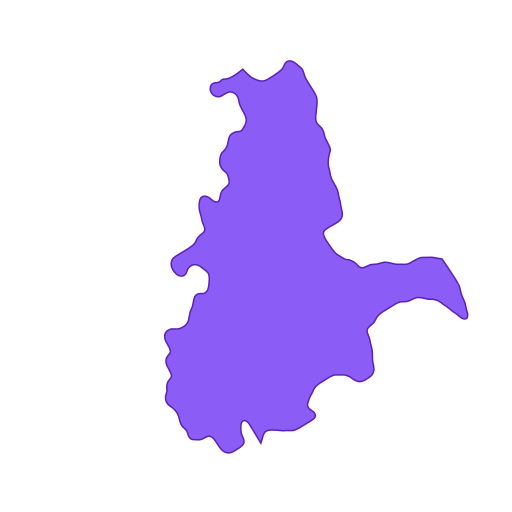 outline of Vicente Noble, Barahona, Dominican Republic, rotated 327°
{"feature_id": "3306468B17851422898431", "entity_name": "Vicente Noble", "entity_type": "district", "adm_level": 2, "iso_a3": "DOM", "parent_name": "Dominican Republic", "parent_adm1": "Barahona", "projection": "equal_earth", "projection_center": [-71.08, 18.413], "detail": "fine", "context": "isolated", "style": "filled", "palette": "violet", "viewbox_px": 512, "rotation_deg": 327, "n_neighbors": 0, "source": "geoboundaries", "source_scale": "gbopen_adm2", "svg_char_len": 6145}
<svg xmlns="http://www.w3.org/2000/svg" viewBox="0 0 512 512"><g transform="rotate(327 256 256)"><path d="M346.7,92.1L340.3,92.7L336.1,92.8L333.1,92.6L331.1,92.4L329.2,92.0L327.4,91.3L325.2,90.1L323.8,89.6L320.3,90.1L318.9,89.9L316.1,88.5L314.5,87.9L312.6,87.9L311.7,88.1L310.1,89.1L308.8,90.7L308.2,91.6L307.8,92.7L307.5,93.9L307.5,95.1L307.6,96.4L307.8,97.6L308.3,98.7L309.4,100.5L310.9,101.8L312.7,102.7L314.6,103.0L320.5,103.3L322.4,103.7L323.3,104.1L324.1,104.6L325.5,106.0L326.6,107.8L327.0,108.9L327.3,110.1L327.3,112.5L326.8,114.7L325.3,118.6L324.7,120.7L324.2,124.4L323.7,130.7L323.3,133.1L322.5,135.3L322.0,136.3L320.8,138.0L319.3,139.4L318.5,140.0L313.7,142.4L312.2,142.9L310.6,142.8L306.9,141.0L305.1,140.5L302.2,140.3L300.3,140.7L299.4,141.1L297.6,142.2L292.8,147.0L291.1,148.4L290.2,148.9L288.4,149.7L283.7,150.9L282.8,151.3L281.0,152.5L279.3,154.1L277.8,155.9L276.5,157.8L275.5,160.0L275.0,162.3L275.0,164.7L275.4,166.7L276.5,170.3L276.5,172.3L275.7,175.1L274.2,178.7L273.1,180.3L271.5,181.3L269.8,181.7L265.1,182.3L263.2,182.8L262.3,183.3L260.5,184.5L256.1,188.8L254.5,189.6L253.6,189.7L252.8,189.5L252.1,189.1L250.9,187.8L250.0,186.2L248.7,182.2L248.3,181.2L247.2,179.5L245.9,178.1L245.1,177.5L244.1,177.2L242.2,177.0L241.2,177.3L239.4,178.4L237.9,179.9L236.4,181.8L235.1,183.8L233.9,185.9L233.0,188.2L232.0,191.6L229.7,197.8L228.3,204.3L227.9,205.2L227.4,206.0L226.7,206.7L225.9,207.2L224.2,207.7L219.6,208.3L217.7,208.8L216.0,209.5L211.9,211.8L208.9,212.6L203.6,212.9L190.7,212.5L187.6,212.5L184.6,213.0L183.6,213.5L182.0,214.7L180.6,216.3L179.6,218.3L179.2,219.5L178.8,222.0L178.8,224.5L179.2,227.0L179.5,228.2L180.5,230.2L181.9,231.7L182.7,232.3L183.5,232.8L185.4,233.1L187.3,232.7L188.1,232.3L191.8,229.7L192.7,229.3L194.6,228.9L196.6,228.8L198.5,229.2L199.4,229.6L201.1,230.7L202.4,232.3L203.5,234.2L206.0,241.3L206.4,243.3L206.5,244.4L206.3,245.6L206.0,246.7L205.0,248.7L203.8,250.5L201.1,254.1L198.8,256.6L197.2,258.0L195.4,258.9L193.5,259.2L191.7,258.9L188.0,256.7L186.3,256.1L184.4,256.1L182.6,256.7L180.1,258.7L175.4,263.5L170.4,267.0L164.0,273.5L162.2,274.7L161.3,275.1L159.3,275.6L157.3,275.8L154.3,275.6L152.4,275.2L150.5,274.5L149.7,274.0L145.7,271.3L144.8,270.9L142.9,270.5L141.0,270.4L140.0,270.5L138.1,271.2L137.3,271.8L136.5,272.5L135.3,274.2L134.4,276.2L133.9,278.5L133.5,284.4L133.2,286.7L132.6,288.6L132.1,289.5L131.5,290.1L130.8,290.6L126.7,292.1L125.1,293.0L123.7,294.4L122.6,296.2L122.2,297.2L121.6,299.5L120.8,307.6L120.3,309.7L119.8,310.5L119.1,311.2L118.4,311.7L114.3,313.2L113.5,313.6L112.0,314.7L110.0,316.9L107.5,321.1L104.1,324.0L102.4,326.4L101.6,328.4L101.4,329.5L101.3,331.9L101.8,334.1L103.7,339.0L104.1,341.3L104.3,343.8L104.2,346.3L103.7,348.7L102.0,353.7L101.5,355.9L101.4,358.2L101.5,359.3L102.4,363.1L102.6,364.9L102.3,366.6L101.6,369.2L101.3,371.1L101.5,373.2L101.9,374.1L102.4,374.9L103.1,375.6L106.7,378.2L108.3,379.2L109.1,379.6L111.0,380.2L115.8,380.7L117.5,381.1L119.0,382.0L119.7,382.7L120.3,383.7L121.0,386.1L121.2,388.7L121.3,397.1L121.7,399.8L122.0,401.2L123.2,403.6L124.8,405.5L125.8,406.3L127.9,407.2L130.1,407.6L132.3,407.8L137.9,407.8L141.1,407.5L143.0,406.8L143.9,406.2L144.6,405.5L145.2,404.5L145.7,403.4L146.7,398.5L147.4,396.0L148.6,393.6L149.9,391.5L151.3,389.5L153.0,388.0L153.9,387.5L154.8,387.3L155.7,387.3L156.6,387.7L157.4,388.3L158.1,389.4L158.5,390.5L158.8,392.9L158.7,399.8L158.1,415.7L164.5,410.2L166.1,409.2L167.9,408.5L169.8,408.5L171.5,409.0L174.0,410.2L178.8,413.6L183.5,417.3L187.0,419.3L191.0,422.0L192.8,422.9L196.0,423.5L199.3,423.8L211.6,424.1L215.6,424.0L217.4,423.5L218.2,422.9L218.9,422.1L219.3,421.2L219.5,420.2L219.4,418.2L217.5,413.3L217.4,411.3L217.5,410.3L217.8,409.4L218.9,407.9L223.9,403.9L228.2,401.6L232.3,399.0L235.1,398.0L238.3,397.5L241.5,397.4L252.2,397.6L255.3,398.1L257.4,398.7L259.0,399.7L265.5,404.0L266.9,405.5L268.7,408.0L270.8,413.1L271.8,415.0L273.1,416.6L274.6,417.9L276.6,418.8L279.8,419.4L284.1,419.5L287.3,419.2L289.3,418.6L291.1,417.5L292.6,416.1L293.7,414.3L294.7,412.3L296.4,408.1L297.5,406.0L300.7,400.9L302.3,397.7L303.9,393.2L306.2,387.1L307.7,380.6L308.6,378.9L309.3,378.2L310.1,377.7L311.8,377.1L318.3,376.1L320.0,375.4L324.1,373.1L327.2,372.2L330.5,371.9L333.8,371.9L346.0,372.1L349.3,372.4L351.4,372.9L353.2,373.7L356.5,375.7L358.2,376.5L360.1,377.0L366.0,377.8L368.9,378.8L371.5,380.7L377.1,386.2L380.5,388.5L382.0,389.8L384.0,392.1L385.5,395.1L386.7,398.3L389.2,404.5L390.6,409.1L392.7,414.2L394.0,418.4L394.8,420.3L395.9,421.8L396.6,422.4L397.4,422.8L398.2,423.0L399.1,422.9L399.9,422.5L401.1,421.2L402.1,419.5L403.4,415.3L405.7,409.2L406.2,406.7L407.0,401.9L407.5,399.5L409.4,394.3L410.1,392.0L410.5,387.9L410.7,382.3L410.6,367.9L410.4,359.8L402.9,352.9L393.7,347.2L391.7,346.6L389.6,346.3L381.0,345.7L378.9,345.3L377.9,344.9L376.2,344.0L368.7,339.0L363.2,333.3L360.6,331.3L358.7,330.5L353.1,328.7L349.0,326.4L347.2,325.6L340.7,324.5L339.0,323.9L338.2,323.4L337.6,322.8L336.6,321.0L335.4,315.8L334.6,313.8L333.0,311.2L331.8,309.8L329.7,308.0L328.5,306.5L325.3,299.9L324.5,297.8L324.2,296.5L323.8,293.9L323.6,291.1L323.4,285.6L323.4,280.3L323.8,276.6L324.4,274.4L325.0,273.4L325.8,272.7L326.6,272.2L327.5,271.9L329.4,271.6L332.4,271.6L342.1,272.1L344.2,272.0L346.2,271.7L348.2,270.9L349.7,269.7L351.1,268.1L352.1,266.3L354.1,261.0L356.3,256.0L357.7,251.5L359.4,247.4L360.1,245.3L360.7,241.6L361.2,234.1L361.6,231.6L362.2,229.3L364.3,224.2L365.8,219.8L367.0,217.7L369.0,214.8L372.0,211.4L375.6,208.2L376.2,207.4L377.0,205.5L377.4,203.3L378.3,194.9L378.9,192.7L380.3,188.6L380.6,186.5L380.7,185.3L380.5,183.1L379.4,178.5L379.4,177.5L379.6,176.5L379.9,175.4L380.8,173.4L382.1,171.5L389.5,162.3L391.6,159.3L392.7,157.2L393.2,156.0L393.5,154.7L393.9,152.1L394.1,148.0L394.2,138.4L394.4,134.4L394.8,131.9L396.2,126.8L396.5,124.8L396.2,122.8L394.4,116.8L393.6,114.6L392.6,112.8L391.2,111.3L390.5,110.7L389.6,110.2L387.8,109.8L386.8,109.9L385.1,110.4L382.0,112.4L380.3,113.2L378.3,113.7L376.2,114.0L370.9,114.3L363.3,114.3L360.2,114.0L358.1,113.5L357.1,113.0L355.3,111.8L352.9,109.3L350.9,106.3L349.7,104.2L349.2,103.1L348.5,100.7L347.2,95.3L346.7,92.1Z" fill="#8b5cf6" stroke="#5b21b6" stroke-width="1.5"/></g></svg>